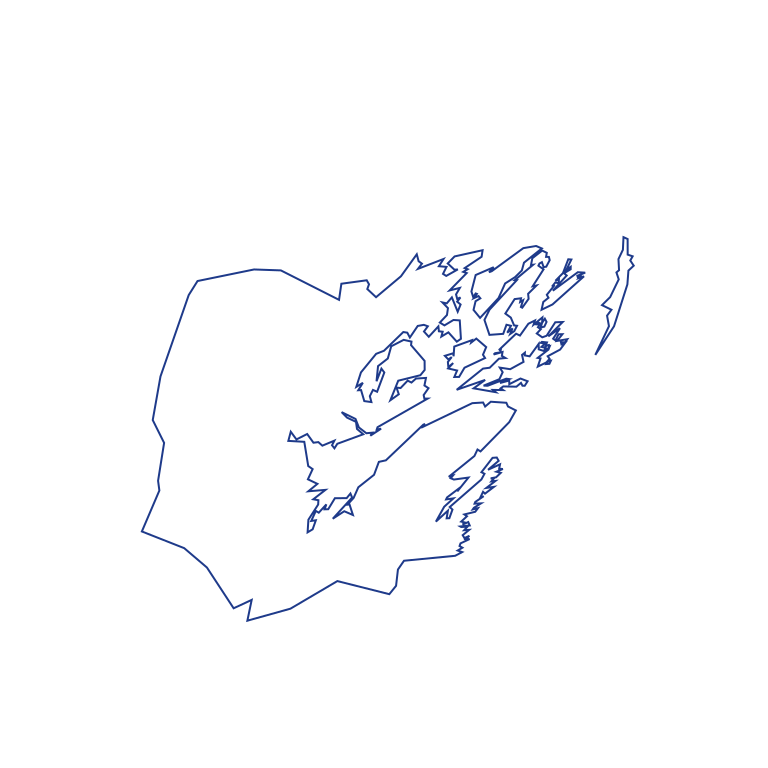 Kragerø nor, Telemark, Norway (Natural Earth projection), rotated 329°
{"feature_id": "86288312B49574496849742", "entity_name": "Kragerø nor", "entity_type": "district", "adm_level": 2, "iso_a3": "NOR", "parent_name": "Norway", "parent_adm1": "Telemark", "projection": "natural_earth1", "projection_center": [9.439, 58.886], "detail": "fine", "context": "isolated", "style": "outline", "palette": "blue", "viewbox_px": 768, "rotation_deg": 329, "n_neighbors": 0, "source": "geoboundaries", "source_scale": "gbopen_adm2", "svg_char_len": 6172}
<svg xmlns="http://www.w3.org/2000/svg" viewBox="0 0 768 768"><g transform="rotate(329 384 384)"><path d="M356.5,567.9L364.4,568.3L361.4,564.7L366.9,564.7L365.3,561.8L367.5,560.0L377.5,561.0L374.4,559.1L379.0,558.1L373.6,557.5L373.6,554.1L381.9,552.9L377.4,550.6L382.0,549.3L376.5,546.3L376.0,545.4L384.6,549.4L385.1,545.7L378.9,545.0L381.9,544.3L379.3,541.7L387.0,540.1L385.7,537.2L396.4,540.5L400.6,538.8L395.5,537.2L397.3,536.4L405.7,536.3L400.0,533.2L401.5,532.1L411.7,531.5L407.7,531.2L413.4,527.4L414.1,530.0L425.3,528.8L418.2,525.8L429.6,524.5L425.9,522.8L428.9,521.8L426.9,519.8L432.0,521.7L438.3,520.3L435.2,517.1L442.1,518.1L439.1,515.9L442.1,512.6L429.0,511.1L442.7,508.9L442.8,505.1L439.0,503.2L422.1,509.8L423.9,512.7L418.3,516.0L377.0,523.3L378.0,526.9L370.9,532.7L368.5,531.4L373.5,525.5L357.6,528.7L372.4,520.2L384.6,517.8L377.8,514.9L379.6,513.7L393.5,512.2L391.6,513.8L408.2,507.7L394.7,501.9L392.6,499.1L395.9,498.0L391.7,496.9L424.4,492.3L430.4,488.3L432.0,491.5L471.7,481.2L483.4,474.6L478.7,467.1L479.2,463.1L466.4,454.2L459.1,455.4L459.4,450.9L449.8,445.9L393.3,440.6L398.6,439.4L396.8,439.1L346.3,450.4L339.5,448.1L328.7,456.7L308.8,459.3L299.3,466.0L290.5,468.6L292.4,469.5L289.9,480.3L284.4,472.6L270.7,473.1L298.2,464.9L298.8,460.6L293.2,462.6L283.1,456.6L271.7,462.6L268.5,460.8L272.6,457.5L261.8,460.7L260.2,457.7L251.1,463.9L255.4,465.7L248.0,471.8L242.1,471.8L249.3,461.4L265.5,453.4L267.9,449.8L264.0,446.4L279.3,444.6L263.9,437.0L275.5,435.3L269.7,426.5L279.0,420.2L276.8,415.3L285.9,392.5L272.7,383.5L279.5,376.9L280.4,386.4L292.4,387.3L293.3,398.0L297.8,400.0L299.4,405.1L312.3,407.0L307.9,409.7L308.4,413.6L313.2,411.2L340.3,416.4L337.7,408.6L340.5,402.0L335.0,393.8L333.2,386.3L341.6,399.3L340.1,408.3L343.5,417.1L349.1,419.8L345.7,421.3L358.5,420.8L354.3,419.3L356.2,417.7L413.9,419.0L411.1,417.3L412.3,413.9L420.0,410.5L417.9,406.1L423.1,400.4L414.2,395.8L408.3,396.9L406.0,393.3L396.1,396.0L392.9,393.5L391.4,400.4L381.1,401.2L397.9,388.5L419.7,395.2L426.1,392.9L430.7,385.1L427.2,364.6L429.4,361.8L423.6,356.3L409.6,355.4L400.4,364.1L388.1,365.6L379.0,377.8L389.7,369.5L390.2,374.3L374.1,387.1L371.5,383.4L365.6,387.1L363.9,393.0L358.3,388.5L361.2,377.4L358.7,376.1L366.5,372.1L358.8,372.2L370.2,362.2L392.8,354.1L401.1,355.5L427.3,349.4L430.4,352.0L430.1,357.5L442.8,351.6L448.6,353.8L451.3,357.1L445.3,359.6L446.7,366.6L460.3,362.6L458.2,367.1L461.2,369.4L457.6,372.9L465.8,372.9L468.2,385.2L473.2,384.9L481.7,368.5L476.5,364.9L466.0,364.9L463.5,360.1L473.5,357.3L477.9,351.9L476.1,344.2L479.3,347.2L486.8,344.7L484.4,360.0L490.6,355.3L489.1,351.1L494.1,349.2L490.6,348.7L491.9,344.3L498.5,340.7L488.5,337.6L512.0,331.5L509.7,328.7L514.8,328.7L512.9,326.2L533.2,325.2L537.4,320.1L510.2,311.0L500.7,313.5L503.3,322.4L506.3,323.8L493.0,323.4L491.3,320.0L497.9,315.8L491.7,311.3L499.4,307.5L472.4,302.8L478.5,300.4L476.9,296.6L478.9,289.7L454.0,300.4L421.9,305.5L418.6,294.0L422.5,290.8L422.6,286.2L399.1,276.1L388.8,288.7L354.1,233.5L331.6,218.9L277.2,199.7L262.4,207.2L196.3,262.4L167.2,295.8L165.2,321.2L140.5,350.6L136.6,359.6L100.5,385.7L128.2,421.8L137.7,450.1L139.6,498.8L159.4,500.9L145.0,516.5L188.1,528.4L242.5,528.9L280.3,566.9L290.4,563.2L300.4,550.2L310.1,545.8L356.5,567.9ZM538.8,406.7L525.5,412.5L523.1,408.9L499.9,414.1L502.0,414.5L500.0,416.8L495.1,414.8L493.2,415.2L502.1,417.6L499.5,420.6L501.5,424.3L495.6,421.5L483.0,424.5L476.8,421.8L443.3,426.4L472.8,432.6L458.6,433.9L475.6,448.6L474.4,445.2L483.0,450.6L481.7,447.8L485.0,447.5L496.1,454.5L502.0,453.6L501.8,456.8L503.7,458.0L508.5,455.6L503.8,449.6L491.3,448.7L493.1,445.5L483.9,442.9L493.9,444.3L491.5,442.4L472.0,438.9L468.5,436.7L485.4,439.3L491.8,435.0L491.7,429.6L499.8,436.3L515.0,436.9L517.3,430.2L520.9,429.7L519.4,432.0L523.1,435.3L537.2,429.3L534.5,434.0L538.1,438.1L541.0,436.1L538.1,433.3L542.9,432.2L539.6,429.5L541.0,429.2L545.1,432.3L542.2,434.4L545.4,435.5L545.0,436.8L546.7,436.5L544.7,437.1L544.9,435.4L542.2,434.9L539.9,438.3L544.6,437.7L542.7,439.2L529.2,440.8L531.3,442.7L524.8,448.3L536.1,449.3L533.4,450.5L536.2,451.9L539.0,450.0L535.3,448.8L538.9,447.7L538.6,444.5L552.7,445.2L560.3,442.1L556.5,441.5L557.2,439.3L560.7,441.5L564.2,440.0L554.5,436.2L562.6,433.2L559.3,431.3L553.4,434.9L552.3,432.3L563.6,426.8L549.4,427.8L569.1,422.9L562.6,419.3L548.2,426.4L543.7,425.5L541.0,419.4L546.6,417.8L545.2,414.6L548.3,413.5L545.3,411.3L548.1,411.2L550.2,413.7L547.4,416.3L551.0,417.4L555.3,414.5L555.5,410.9L551.0,413.0L554.1,408.5L542.7,410.2L546.1,407.3L538.8,406.7ZM538.2,340.4L518.7,337.8L506.6,349.7L505.2,355.5L509.2,353.6L510.0,354.6L505.3,356.7L510.3,357.3L510.7,360.2L505.1,360.2L498.9,366.6L500.4,376.8L526.5,369.3L539.6,360.2L551.4,359.9L560.6,357.7L566.5,352.1L589.1,349.1L585.4,344.0L573.4,339.3L534.5,342.8L531.6,342.3L538.2,340.4ZM588.3,351.1L575.9,352.6L571.3,357.7L573.3,358.6L549.6,362.3L551.3,363.4L512.8,374.6L503.1,380.8L499.7,396.2L512.0,402.4L519.5,396.3L522.8,399.5L516.1,403.5L522.8,402.6L518.0,406.1L522.9,405.8L528.0,402.6L525.7,400.8L526.9,392.4L524.3,386.1L539.7,378.5L545.6,381.1L543.0,383.8L546.4,383.8L541.0,388.5L541.8,389.8L551.8,385.5L554.0,380.9L565.5,378.1L561.8,376.8L579.8,367.9L577.3,362.1L579.3,360.8L582.1,360.9L581.0,366.0L583.5,367.0L589.8,363.2L590.8,360.0L588.4,358.5L591.1,355.4L588.3,351.1ZM664.9,381.5L657.9,392.0L649.3,397.7L644.1,407.5L640.7,408.1L639.1,415.2L622.6,426.0L611.5,428.7L617.2,437.5L610.4,440.3L606.6,450.3L580.1,467.9L610.9,453.0L643.9,424.0L651.9,412.7L659.0,411.2L658.7,405.0L662.9,402.6L659.5,398.6L667.5,385.2L664.9,381.5ZM482.0,391.7L463.5,388.1L457.9,396.1L459.2,393.3L450.7,391.2L451.8,396.1L455.9,395.8L450.1,398.0L447.9,402.6L454.1,401.7L447.0,403.7L453.6,410.1L447.9,414.2L452.0,416.6L461.4,411.5L484.0,413.8L483.9,409.9L490.6,405.0L486.5,392.6L480.1,393.4L482.0,391.7ZM606.2,372.0L594.5,381.1L584.1,383.8L587.9,384.3L585.6,387.5L583.1,385.2L578.2,387.0L581.2,387.1L569.5,391.4L569.4,394.8L562.8,395.7L557.3,401.5L569.4,402.6L610.9,394.7L605.4,393.5L608.2,392.4L605.2,391.9L605.5,390.8L613.8,392.2L607.7,388.0L576.8,391.0L596.5,385.1L595.4,381.8L603.1,381.8L604.4,379.7L599.2,380.0L608.7,373.8L606.2,372.0Z" fill="none" stroke="#1e3a8a" stroke-width="2"/></g></svg>